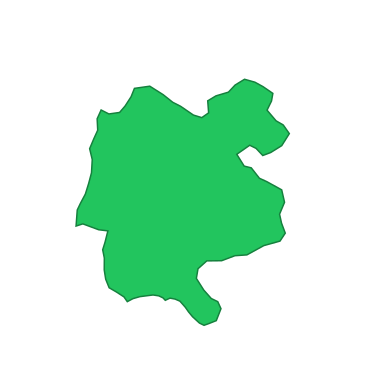 the district of Agios Ilias, Cyprus, rotated 145°
{"feature_id": "46923920B56788308456175", "entity_name": "Agios Ilias", "entity_type": "district", "adm_level": 2, "iso_a3": "CYP", "parent_name": "Cyprus", "parent_adm1": "", "projection": "natural_earth1", "projection_center": [33.937, 35.327], "detail": "fine", "context": "isolated", "style": "filled", "palette": "green", "viewbox_px": 384, "rotation_deg": 145, "n_neighbors": 0, "source": "geoboundaries", "source_scale": "gbopen_adm2", "svg_char_len": 1279}
<svg xmlns="http://www.w3.org/2000/svg" viewBox="0 0 384 384"><g transform="rotate(145 192 192)"><path d="M307.9,139.3L301.5,138.5L294.8,136.2L290.0,133.7L283.0,130.0L278.8,126.0L276.5,122.0L276.0,118.6L270.9,117.7L267.3,114.0L264.5,109.5L263.6,101.5L263.6,95.8L263.1,89.5L261.1,80.4L258.6,75.9L253.5,74.5L245.9,72.7L235.2,79.8L233.8,87.4L237.3,93.7L238.6,104.8L238.0,118.7L231.1,125.7L219.4,127.1L207.1,118.7L193.4,115.2L183.1,109.0L163.9,106.9L148.1,101.3L139.2,104.8L136.5,115.2L133.0,123.6L122.1,130.5L117.3,142.3L124.8,157.6L128.9,164.6L129.6,177.8L134.4,183.3L133.7,197.2L117.9,197.2L114.5,191.0L113.1,181.3L104.9,179.2L91.9,178.5L78.8,184.0L78.8,194.5L82.3,202.1L83.6,216.0L74.7,220.9L69.2,226.4L73.4,237.6L77.5,245.9L84.3,254.2L95.3,254.9L104.9,252.9L117.2,257.0L126.8,257.7L133.0,247.3L141.3,247.3L146.7,254.2L152.2,268.8L156.3,276.5L159.8,288.3L165.9,302.9L179.7,309.9L187.2,305.0L197.5,300.8L205.7,298.7L215.3,303.6L219.4,311.3L227.7,306.4L233.8,296.7L242.1,291.8L251.0,286.2L255.1,275.8L263.3,265.4L271.6,258.4L280.5,251.5L290.1,246.6L296.3,243.1L306.5,230.6L299.7,228.5L290.1,214.6L283.2,208.4L292.1,200.7L298.3,195.9L301.7,188.2L308.6,178.5L312.7,170.1L314.8,161.1L311.3,153.5L307.9,145.1L307.9,139.3Z" fill="#22c55e" stroke="#15803d" stroke-width="1.5"/></g></svg>